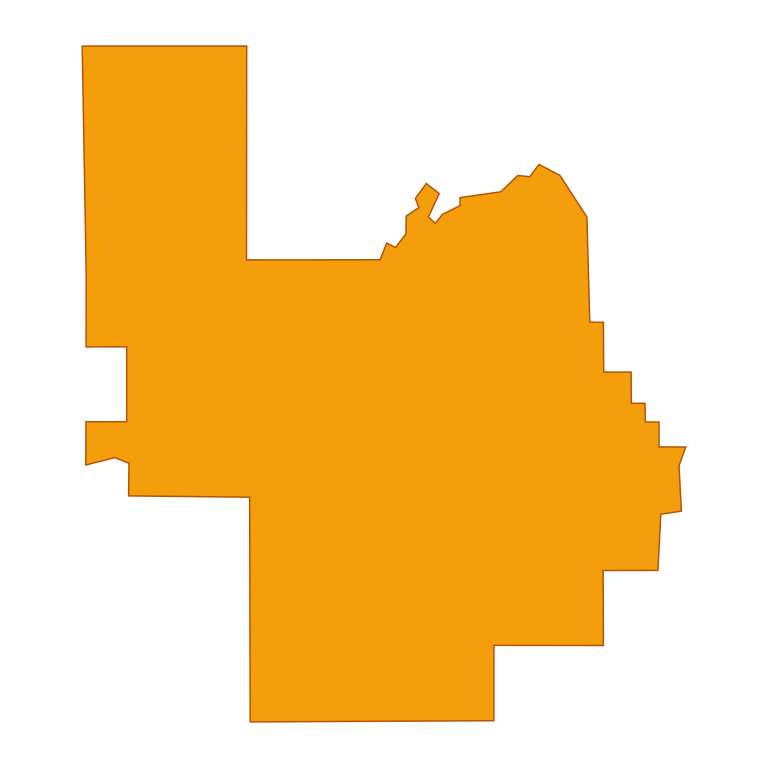 the district of Power, Idaho, United States of America
{"feature_id": "52423323B18276050714213", "entity_name": "Power", "entity_type": "district", "adm_level": 2, "iso_a3": "USA", "parent_name": "United States of America", "parent_adm1": "Idaho", "projection": "robinson", "projection_center": [-112.754, 42.719], "detail": "fine", "context": "isolated", "style": "filled", "palette": "amber", "viewbox_px": 768, "rotation_deg": 0, "n_neighbors": 0, "source": "geoboundaries", "source_scale": "gbopen_adm2", "svg_char_len": 772}
<svg xmlns="http://www.w3.org/2000/svg" viewBox="0 0 768 768"><path d="M246.7,46.1L82.2,46.1L86.2,272.8L86.1,346.9L126.7,346.8L126.7,421.7L86.0,421.8L85.8,465.0L114.7,457.6L129.0,463.3L128.6,495.9L249.7,497.2L250.2,721.9L251.4,721.9L493.9,720.7L493.9,645.4L603.4,645.5L603.1,570.5L657.9,570.4L660.8,514.2L681.4,511.1L679.0,465.8L685.8,447.0L659.0,446.9L659.0,422.0L645.3,422.0L645.0,403.3L631.3,403.3L631.1,372.1L603.7,372.1L603.4,322.3L589.8,322.2L586.9,217.0L559.9,175.4L539.1,164.5L529.7,176.7L517.8,175.5L500.8,191.8L460.1,197.6L460.1,205.6L442.4,214.4L435.4,223.4L428.4,217.1L439.2,193.5L426.3,183.6L415.4,198.4L418.8,207.7L406.2,216.1L405.9,233.9L395.5,247.5L386.7,243.1L380.1,259.8L246.5,259.9L246.7,46.1Z" fill="#f59e0b" stroke="#b45309" stroke-width="1.5"/></svg>